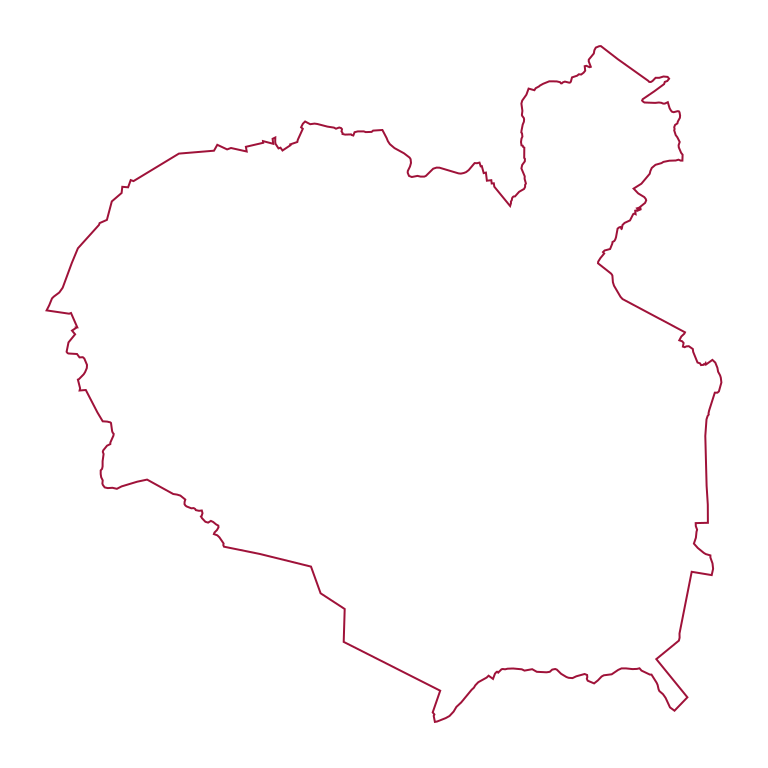 Senguio, Michoacán, Mexico
{"feature_id": "50627088B60527111015727", "entity_name": "Senguio", "entity_type": "district", "adm_level": 2, "iso_a3": "MEX", "parent_name": "Mexico", "parent_adm1": "Michoacán", "projection": "albers", "projection_center": [-100.328, 19.746], "detail": "fine", "context": "isolated", "style": "outline", "palette": "rose", "viewbox_px": 768, "rotation_deg": 0, "n_neighbors": 0, "source": "geoboundaries", "source_scale": "gbopen_adm2", "svg_char_len": 6042}
<svg xmlns="http://www.w3.org/2000/svg" viewBox="0 0 768 768"><path d="M710.4,555.4L705.8,554.1L703.8,552.9L697.8,548.0L693.9,543.6L695.9,537.7L696.5,531.8L697.1,529.7L695.8,526.1L695.7,523.1L707.9,522.8L707.8,504.7L706.6,485.7L705.3,435.9L706.5,419.4L707.6,416.0L708.7,414.6L708.5,413.4L709.1,410.6L714.8,392.7L717.4,392.7L718.9,391.4L721.4,382.5L720.8,377.7L720.1,375.4L718.1,371.7L717.4,367.8L715.3,362.6L712.4,359.9L706.0,364.5L705.6,363.2L705.0,364.1L703.9,364.2L703.7,364.8L701.0,365.1L700.1,363.4L697.5,362.5L693.2,351.9L692.8,349.0L688.8,346.2L686.3,346.4L684.7,347.2L682.9,346.6L683.6,343.0L682.2,341.3L679.3,340.3L681.3,336.5L684.3,333.7L685.0,332.3L622.6,299.1L620.5,296.8L614.0,285.7L612.9,282.2L612.4,275.7L612.0,274.8L611.1,273.6L598.0,263.3L598.2,261.6L600.4,258.1L604.2,253.5L603.0,252.1L604.6,250.5L610.1,249.0L612.3,243.6L612.5,242.0L614.3,241.0L615.2,239.6L616.0,237.3L617.6,228.6L619.3,227.3L620.5,227.0L621.5,228.9L621.8,228.7L622.5,225.0L624.6,222.9L630.0,220.4L633.2,214.1L634.2,213.6L635.6,214.2L635.2,210.7L637.4,210.3L637.5,210.7L640.6,209.4L640.5,208.6L637.8,209.1L637.1,208.3L639.1,207.7L645.1,202.9L646.2,200.3L645.7,198.9L644.3,197.1L638.2,193.4L633.6,188.6L641.4,183.7L649.7,173.8L650.4,171.0L651.8,167.9L655.5,164.8L661.5,163.1L663.4,161.9L669.4,160.7L675.7,160.5L678.5,159.7L680.7,160.6L682.4,160.6L682.6,154.7L681.1,152.8L678.8,147.4L678.6,145.2L679.7,142.0L677.3,137.2L675.7,135.1L674.2,130.3L674.6,129.0L674.2,127.2L675.1,124.9L677.4,123.4L677.8,121.6L679.9,117.8L680.1,115.5L679.5,112.3L678.8,111.3L677.5,111.2L673.7,112.2L672.1,111.8L670.9,110.5L669.6,108.2L667.8,102.2L664.8,103.6L663.2,103.6L661.3,102.8L658.9,102.5L655.2,102.9L644.5,102.5L643.3,101.8L642.1,100.6L642.7,99.2L654.3,91.3L664.1,84.1L664.8,81.9L667.3,81.0L669.1,78.7L667.6,76.9L663.5,76.5L659.3,77.8L655.6,77.8L652.5,81.0L650.8,82.0L649.2,81.9L648.2,80.8L617.7,59.1L600.9,46.1L599.2,46.2L595.8,47.6L594.4,50.2L593.8,53.5L588.8,59.6L588.7,61.3L590.8,66.8L589.6,67.2L586.3,65.8L584.7,66.2L585.2,70.7L583.6,72.7L581.2,74.5L578.8,74.3L577.1,75.7L572.0,77.4L570.9,81.5L570.3,82.4L569.3,82.7L564.9,81.6L562.8,82.4L561.9,83.3L561.3,83.4L560.9,83.3L560.1,82.2L556.7,81.4L549.3,81.3L543.1,83.8L539.7,85.7L539.2,86.3L535.7,88.2L534.4,90.2L528.6,88.6L526.4,94.7L522.2,100.6L521.4,103.6L522.4,110.9L521.9,114.9L522.1,115.7L523.8,118.0L524.1,119.2L523.9,121.7L522.7,124.6L521.5,130.7L521.3,132.5L522.0,133.3L522.4,136.6L521.5,138.6L521.0,142.0L521.5,145.4L522.7,145.7L523.2,147.0L524.3,147.6L524.2,157.9L524.9,158.8L524.9,159.6L524.8,161.4L522.2,164.9L521.4,168.4L524.7,176.3L524.6,178.8L525.9,183.5L525.1,184.9L525.1,186.9L524.1,188.9L519.1,191.8L515.0,196.4L513.5,196.5L512.7,197.2L512.1,198.2L511.8,200.1L510.9,201.6L511.0,203.1L510.1,206.0L494.3,186.7L493.8,183.3L491.7,183.5L491.3,180.2L486.9,180.7L485.9,172.6L483.7,173.1L481.8,166.1L480.7,166.3L479.5,162.6L477.1,163.2L474.6,163.1L468.7,170.1L466.1,172.1L463.8,173.0L460.9,173.6L458.6,173.4L439.5,167.7L436.6,167.6L433.2,168.7L425.9,175.9L424.3,176.6L420.6,176.6L417.5,175.9L411.8,177.0L409.0,175.9L407.7,172.8L407.8,171.0L410.0,166.5L411.0,162.9L410.6,159.2L409.6,157.6L404.0,153.3L394.5,148.1L389.9,144.2L387.9,141.2L386.6,138.0L382.4,130.0L373.1,130.6L371.6,131.9L365.7,132.1L363.8,131.4L357.8,131.4L354.6,132.2L353.3,135.5L351.6,135.0L351.1,134.4L345.2,134.6L342.5,134.0L342.5,132.8L341.5,131.4L342.0,129.2L341.1,128.1L339.2,127.5L336.0,128.7L333.9,127.6L327.4,126.6L317.4,124.0L314.5,123.6L310.2,124.2L305.1,121.5L302.9,123.7L301.1,127.3L302.8,128.8L297.8,139.8L297.3,142.0L290.2,144.4L290.5,145.2L282.5,150.5L280.5,147.7L278.5,148.4L275.5,143.8L275.2,141.7L275.3,137.5L272.6,138.8L273.2,143.8L263.0,141.1L263.2,142.8L245.9,146.8L246.7,151.5L231.0,148.0L227.1,149.4L217.3,144.8L214.0,150.7L178.9,153.6L133.5,181.1L130.7,180.1L128.1,187.3L122.3,186.8L121.6,193.0L111.8,201.4L106.9,219.9L99.6,223.1L99.0,224.9L77.9,248.3L71.8,263.0L62.7,287.7L59.3,292.5L53.8,296.6L52.0,298.4L49.2,305.3L46.6,310.4L69.1,313.7L71.0,313.0L77.3,327.4L75.9,327.5L76.1,327.9L72.0,330.6L75.1,334.3L68.5,342.4L66.6,351.8L67.6,353.1L68.5,353.5L77.0,354.0L79.5,357.4L82.8,357.2L84.3,358.5L87.0,364.9L86.8,368.1L85.1,372.1L83.7,374.3L78.9,379.2L77.9,379.6L80.1,388.3L79.6,390.5L85.8,390.0L97.4,412.4L102.7,421.3L107.2,421.6L110.4,422.4L111.0,423.0L112.1,431.0L112.6,432.5L113.7,433.9L113.4,435.7L110.4,442.4L110.3,444.1L107.0,445.7L103.2,450.4L102.8,451.9L103.6,454.0L102.6,461.2L102.6,466.4L102.1,468.8L100.7,470.4L100.7,474.1L101.2,477.3L102.7,480.3L102.4,483.6L102.9,485.0L104.7,487.4L107.7,488.1L112.4,487.8L116.9,488.8L121.6,486.4L137.2,481.7L147.1,479.6L173.2,494.0L177.1,494.6L180.4,495.6L185.3,499.6L184.6,501.8L184.5,504.1L185.3,505.4L186.5,506.4L191.3,508.3L193.7,508.1L195.2,509.0L195.8,510.1L199.0,510.8L201.8,510.5L202.5,513.2L201.5,516.3L201.0,516.5L202.0,518.2L205.4,521.8L208.1,522.6L210.9,520.9L213.2,522.0L216.1,524.4L218.3,525.6L218.5,527.3L217.0,530.0L214.5,532.5L213.9,534.1L217.3,535.3L219.4,537.3L223.6,543.5L223.3,545.1L224.0,546.7L260.0,554.0L311.0,566.6L320.6,593.3L344.7,609.0L343.7,641.9L440.2,690.7L432.7,712.4L434.4,714.5L433.7,715.9L434.9,721.9L437.1,721.5L445.7,718.1L449.5,716.0L453.6,711.6L456.4,706.9L461.3,702.3L471.6,689.8L473.9,687.7L475.3,685.3L478.3,682.2L486.6,677.6L488.6,675.7L493.0,678.9L495.0,673.6L496.7,671.8L497.6,671.8L498.2,672.6L501.5,669.3L502.8,669.0L505.1,669.3L507.6,668.7L513.1,668.5L521.8,669.3L524.5,670.6L532.2,669.2L536.8,671.8L546.6,672.3L549.8,671.8L552.2,669.6L555.2,669.0L556.8,669.6L561.1,673.8L566.4,677.0L568.6,677.8L572.5,678.1L576.3,676.3L584.6,674.0L587.1,675.0L587.3,677.1L586.8,678.8L587.7,680.7L594.1,683.4L597.9,680.4L601.6,676.5L603.8,675.3L611.7,674.3L618.2,669.9L621.5,668.4L626.0,668.4L632.5,669.1L637.0,668.9L639.5,668.3L641.5,670.6L649.9,674.6L651.5,674.6L656.6,682.7L657.6,684.9L658.6,689.4L659.4,691.1L663.0,694.2L665.6,697.9L670.0,707.4L674.5,710.7L687.4,697.3L656.3,659.1L678.9,640.6L679.6,637.7L679.5,633.5L691.7,571.8L711.7,575.1L713.1,568.8L712.5,563.4L710.4,557.5L710.4,555.4Z" fill="none" stroke="#9f1239" stroke-width="2"/></svg>